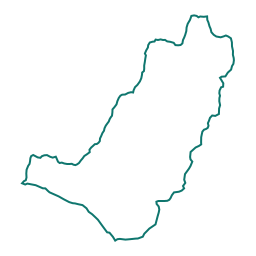 the district of Sandovalina, São Paulo, Brazil
{"feature_id": "56859067B27263450532509", "entity_name": "Sandovalina", "entity_type": "district", "adm_level": 2, "iso_a3": "BRA", "parent_name": "Brazil", "parent_adm1": "São Paulo", "projection": "natural_earth1", "projection_center": [-51.849, -22.468], "detail": "fine", "context": "isolated", "style": "outline", "palette": "teal", "viewbox_px": 256, "rotation_deg": 0, "n_neighbors": 0, "source": "geoboundaries", "source_scale": "gbopen_adm2", "svg_char_len": 2749}
<svg xmlns="http://www.w3.org/2000/svg" viewBox="0 0 256 256"><path d="M231.1,69.6L232.0,66.1L233.4,63.8L233.9,60.3L233.7,58.0L232.9,54.8L233.0,51.0L232.0,46.3L231.9,42.3L230.9,38.3L228.2,36.5L225.9,35.5L223.6,36.4L220.7,37.3L216.3,36.5L213.7,34.8L211.4,32.2L210.6,28.8L209.5,26.3L208.4,22.4L207.3,19.9L207.1,16.4L203.8,16.8L200.2,16.5L198.4,17.3L196.6,15.9L194.1,15.4L191.4,15.9L190.0,19.9L187.7,23.8L186.6,27.4L186.3,31.1L185.2,34.9L184.2,37.5L183.0,40.0L182.4,43.4L180.6,45.0L178.2,45.3L175.4,45.1L173.7,42.8L170.2,41.8L167.2,41.4L165.0,39.9L163.0,40.0L160.6,39.4L158.0,40.0L155.6,39.6L154.5,41.5L152.6,41.7L149.8,42.5L148.2,45.1L147.9,47.5L146.3,50.2L144.9,53.5L145.9,55.4L145.3,58.6L144.8,62.1L144.2,65.5L144.2,68.9L143.9,71.1L142.2,72.5L142.0,74.7L141.3,78.2L139.9,81.4L137.4,84.9L135.0,87.2L133.6,90.3L133.1,92.5L131.1,92.2L128.2,92.9L125.2,94.5L122.1,94.7L120.4,95.7L118.8,97.9L117.4,101.1L116.5,104.4L114.4,107.2L112.5,109.4L112.4,112.3L112.0,115.7L110.7,117.4L109.6,119.3L108.8,121.5L107.6,123.1L105.8,125.6L104.5,128.3L104.0,130.7L102.4,133.1L101.2,136.0L100.0,138.5L99.8,141.1L98.5,142.8L96.8,144.0L94.8,144.2L92.8,146.1L91.2,147.5L89.5,149.7L89.7,152.2L86.9,154.3L84.3,156.0L82.6,158.4L80.8,160.5L79.0,163.0L77.2,164.3L75.4,165.1L73.5,164.7L71.8,163.8L69.6,164.0L67.1,164.0L64.3,163.5L61.8,162.6L59.6,163.0L58.0,161.7L56.9,159.1L55.8,156.7L52.7,157.6L50.2,156.8L47.0,155.1L44.3,155.3L41.9,156.2L40.4,157.8L37.7,157.4L35.5,156.2L33.2,155.0L31.2,156.1L30.4,158.1L30.0,161.6L29.5,164.0L28.2,165.8L26.6,169.7L26.3,173.5L26.5,177.5L25.8,180.2L23.9,181.2L22.1,183.3L25.2,184.5L27.4,183.6L35.7,185.2L42.8,188.3L45.4,188.4L47.8,190.8L49.5,192.3L58.7,196.4L63.8,199.3L69.2,202.1L72.7,203.2L75.0,203.4L78.2,204.2L82.5,205.1L86.5,208.3L88.7,211.8L92.1,214.2L95.3,217.2L97.9,219.7L102.6,226.2L107.1,232.3L109.5,232.7L112.9,236.8L115.2,240.6L117.4,239.2L119.8,238.9L125.5,239.6L130.0,239.2L135.7,238.6L137.9,238.5L142.8,236.7L144.3,233.7L146.7,231.3L149.3,228.6L155.5,224.4L157.6,216.4L158.7,212.6L159.3,209.6L158.7,206.5L156.6,203.9L156.4,201.7L158.3,201.0L160.8,201.0L164.4,201.0L167.3,200.8L169.3,199.8L170.6,198.0L171.9,195.2L174.0,192.4L177.0,192.0L179.0,191.7L181.7,190.6L184.1,188.4L183.0,186.0L185.3,182.9L184.2,179.7L185.0,174.1L186.6,171.9L189.0,168.6L190.5,166.0L192.3,161.6L190.5,159.4L190.1,157.0L190.6,152.0L195.6,147.5L199.0,145.9L201.2,144.4L201.1,142.2L201.2,137.2L201.8,134.3L202.4,131.6L204.0,129.7L206.0,129.0L207.7,127.9L208.5,125.8L207.9,123.2L209.0,120.7L210.0,117.8L212.2,115.5L215.3,115.9L218.9,114.0L219.1,108.4L220.1,105.2L219.3,101.3L219.4,98.0L220.0,95.8L219.3,93.2L219.6,90.5L221.1,87.3L223.1,86.7L223.3,83.3L220.0,77.8L221.6,76.7L225.4,76.4L227.8,72.6L231.1,69.6Z" fill="none" stroke="#0f766e" stroke-width="2"/></svg>